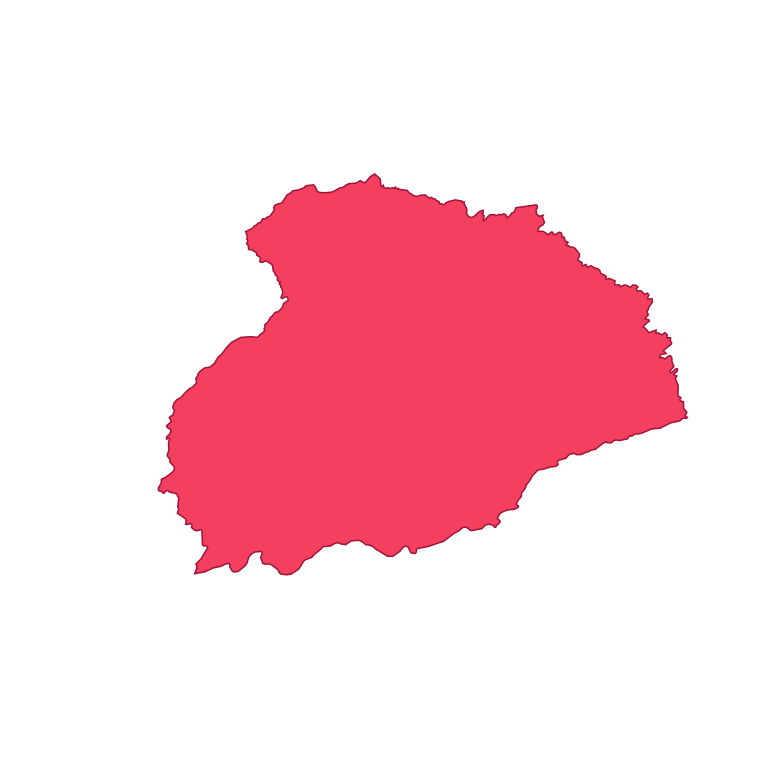 outline of Mercaderes, Cauca, Colombia, rotated 233°
{"feature_id": "7082276B43653558961889", "entity_name": "Mercaderes", "entity_type": "district", "adm_level": 2, "iso_a3": "COL", "parent_name": "Colombia", "parent_adm1": "Cauca", "projection": "equal_earth", "projection_center": [-77.166, 1.806], "detail": "fine", "context": "isolated", "style": "filled", "palette": "rose", "viewbox_px": 768, "rotation_deg": 233, "n_neighbors": 0, "source": "geoboundaries", "source_scale": "gbopen_adm2", "svg_char_len": 6171}
<svg xmlns="http://www.w3.org/2000/svg" viewBox="0 0 768 768"><g transform="rotate(233 384 384)"><path d="M346.5,118.6L341.8,127.8L339.9,136.8L336.5,144.1L335.8,148.4L334.4,151.8L332.8,152.3L330.7,150.8L325.7,150.2L324.1,151.1L322.0,154.9L322.4,164.0L323.4,166.7L327.4,172.2L328.0,176.4L327.5,180.0L324.0,185.3L322.3,185.1L319.7,181.0L313.5,179.2L311.6,180.7L309.4,184.0L307.4,185.3L299.2,187.6L296.8,186.8L294.3,187.2L290.3,191.3L288.0,195.4L287.5,204.6L291.0,213.8L290.8,216.3L289.0,221.7L289.8,225.5L290.1,234.0L290.8,237.4L286.7,244.1L286.5,247.6L285.3,251.4L281.7,253.7L278.8,256.8L278.5,263.1L274.4,269.8L270.8,271.8L266.6,272.7L264.8,274.8L261.1,277.3L257.9,277.8L244.2,283.2L241.1,287.3L240.8,295.9L242.1,300.8L241.8,303.5L239.4,305.1L232.8,303.9L230.0,306.7L230.1,308.3L232.2,310.3L232.5,311.5L227.7,321.3L222.5,337.1L222.6,349.7L221.6,356.0L222.0,360.7L220.6,363.1L217.4,364.6L215.6,364.6L214.1,365.9L209.6,375.0L210.3,379.9L209.2,383.1L206.0,385.9L203.0,386.1L202.3,386.9L203.1,388.3L203.8,393.6L204.9,394.2L208.8,393.8L210.8,398.9L210.2,403.3L208.8,407.2L205.3,413.1L204.7,417.1L205.8,418.0L208.1,417.3L209.2,418.4L210.7,422.0L211.5,426.1L214.5,428.6L214.6,430.6L216.1,434.9L217.6,436.5L219.4,443.0L221.5,447.6L222.7,455.2L220.2,459.7L217.8,466.5L214.8,471.7L214.9,474.6L217.3,475.4L218.2,476.8L215.2,484.7L216.1,488.3L216.0,490.3L214.2,494.1L211.4,495.5L208.9,499.3L207.8,504.5L206.8,506.6L206.5,509.7L204.7,513.5L204.8,524.1L203.9,526.7L202.5,527.1L200.2,530.2L200.5,533.3L199.7,535.6L197.2,537.9L193.7,545.2L194.7,548.4L193.2,550.8L192.9,554.6L190.8,557.4L189.5,560.6L187.1,570.5L182.6,578.0L180.4,589.7L176.5,598.1L176.8,602.2L174.6,605.0L174.7,606.2L177.4,605.3L179.2,608.9L184.2,608.6L189.6,612.5L192.3,610.5L193.7,611.0L194.3,612.9L197.7,611.6L205.7,618.0L213.1,620.0L214.1,622.7L216.2,621.1L217.2,621.3L217.7,625.7L219.0,627.3L219.8,627.3L220.5,626.2L220.0,621.4L220.5,619.9L221.3,619.5L222.3,620.4L223.5,626.0L228.6,627.5L232.0,629.8L234.2,629.8L235.1,628.4L234.9,623.4L237.8,622.2L239.0,620.3L239.9,620.1L240.8,623.0L238.5,627.7L242.6,627.2L242.9,637.5L243.9,638.6L246.0,638.5L248.6,640.7L250.6,637.8L253.1,639.9L256.1,639.2L255.9,635.5L259.6,633.9L260.7,631.7L263.3,633.7L265.6,626.5L271.9,626.1L273.6,625.2L274.2,626.9L274.6,634.0L275.9,634.2L279.1,631.6L280.2,636.8L283.7,637.6L284.6,640.1L286.1,641.9L287.9,647.7L290.9,649.4L292.4,646.5L293.2,646.0L294.2,646.4L295.7,649.1L298.0,649.1L298.8,646.1L303.7,645.4L305.7,642.4L308.0,642.4L308.7,645.2L311.1,644.8L313.4,642.2L312.8,639.2L317.3,636.8L318.5,635.4L319.2,631.5L321.5,631.7L323.9,628.3L325.5,628.6L327.2,630.6L332.6,627.6L333.9,624.2L336.4,626.3L342.1,623.7L344.6,624.6L347.0,624.3L350.0,622.1L354.0,620.5L354.7,616.6L357.9,617.3L359.2,613.4L360.3,613.6L361.6,615.2L366.6,613.4L368.3,616.8L370.0,618.3L377.3,618.3L379.9,617.0L381.2,615.1L383.4,614.7L384.9,613.1L385.7,613.6L386.2,616.2L387.4,616.1L388.7,614.7L392.9,616.3L394.2,614.5L396.7,616.3L398.6,616.3L399.9,615.0L400.0,611.5L400.7,610.3L401.7,609.6L403.8,610.0L404.7,609.1L404.5,605.0L410.3,602.9L413.3,598.8L414.1,599.2L415.9,602.5L415.4,606.6L416.4,609.4L422.0,611.0L423.0,612.7L424.4,609.0L428.5,608.1L429.9,609.5L431.6,610.0L432.2,612.0L434.1,613.6L435.4,613.5L445.4,595.5L444.0,593.5L443.0,590.6L443.7,588.9L442.8,586.4L442.6,582.8L443.2,582.2L445.8,583.2L448.1,581.8L448.1,580.2L450.2,577.9L451.0,574.7L452.6,574.3L455.5,570.4L454.2,562.0L455.6,562.3L457.9,565.2L461.2,564.7L460.9,566.0L463.1,567.8L464.3,564.1L463.6,556.3L464.5,553.8L467.0,552.3L471.1,552.6L472.2,554.3L474.8,555.7L479.6,556.4L481.1,557.6L481.9,556.0L482.9,556.5L488.1,551.8L490.8,545.5L491.5,542.2L491.0,541.4L491.4,539.2L493.1,538.6L494.3,537.0L496.8,537.7L498.7,536.3L501.5,536.0L502.3,534.7L504.4,534.3L505.7,531.8L510.3,530.7L512.9,526.5L514.1,522.9L517.5,520.4L519.9,520.2L520.8,519.2L524.7,519.0L530.4,513.2L531.7,513.1L531.5,512.0L534.5,511.5L533.9,509.8L535.3,509.2L536.8,506.3L538.5,505.1L539.1,503.4L540.7,502.1L543.1,503.1L543.0,501.0L544.2,500.9L549.9,504.3L555.3,503.5L555.8,502.6L557.3,503.1L557.8,498.1L556.2,490.5L557.8,488.5L560.7,487.4L561.2,482.8L564.8,477.0L565.7,474.3L565.7,469.8L567.4,465.9L568.3,458.6L571.6,452.9L575.4,448.2L577.8,446.6L583.0,447.8L585.6,447.4L589.2,441.2L588.9,438.3L590.4,432.6L593.1,427.8L592.8,423.3L593.4,420.6L590.1,411.3L592.2,406.1L592.2,403.8L591.3,402.1L588.9,401.0L586.7,394.3L587.6,391.1L587.1,389.3L588.9,386.6L587.4,382.7L588.3,379.8L587.6,377.7L588.4,376.0L587.6,373.5L587.8,370.7L589.0,365.3L583.2,363.3L582.6,361.6L580.6,361.7L578.6,358.7L576.2,359.0L573.1,356.9L572.2,357.2L571.3,358.9L565.6,361.1L563.3,359.9L559.5,361.5L556.8,358.7L555.7,358.5L554.3,360.3L553.7,363.1L552.9,364.0L548.2,366.0L545.4,366.2L540.9,363.6L538.0,363.7L536.8,362.9L533.1,363.5L531.5,361.4L529.0,361.6L528.0,362.6L526.9,360.5L525.1,361.1L523.6,359.9L522.3,360.1L517.8,358.2L514.8,353.6L513.5,354.3L512.8,358.0L511.8,359.1L509.7,358.7L508.4,357.5L508.8,352.3L506.6,349.5L506.0,347.7L505.4,342.7L506.5,341.0L506.6,339.5L505.5,335.7L505.5,333.3L503.3,328.3L503.1,324.5L501.1,323.2L500.2,321.4L498.7,321.0L497.8,318.3L498.2,315.6L497.5,312.3L497.7,310.6L501.8,306.3L507.4,297.7L509.0,287.4L507.9,280.2L505.6,272.5L505.2,267.4L502.5,261.0L502.3,255.2L504.9,250.0L504.8,244.7L503.8,241.2L503.0,240.7L501.5,236.9L499.0,235.8L497.5,234.2L496.7,229.1L497.3,225.9L497.1,222.4L495.5,213.4L496.1,209.3L495.3,205.1L492.4,201.2L488.9,200.6L486.2,196.4L486.7,194.0L486.4,192.3L483.1,192.0L481.9,191.0L481.6,185.3L479.5,184.7L476.6,186.0L474.7,185.8L472.9,182.3L472.5,178.2L470.9,177.2L469.9,179.9L469.0,179.8L467.4,177.0L461.0,172.7L457.2,167.6L452.6,167.7L450.5,166.0L444.7,166.7L442.0,165.3L441.1,163.3L440.8,158.0L441.0,153.0L441.9,148.9L438.9,146.5L436.7,141.1L435.4,140.1L433.8,140.1L432.0,141.7L429.6,141.9L429.2,143.4L429.9,145.3L429.0,147.2L426.5,147.8L421.0,152.6L418.7,151.5L416.9,151.8L410.2,145.5L407.5,144.5L405.2,141.2L395.6,144.4L393.1,143.2L391.3,141.1L390.1,142.4L388.9,145.6L386.6,145.8L385.3,143.9L381.9,144.5L379.5,146.0L377.9,150.2L376.7,150.5L364.8,142.2L363.4,142.4L361.7,144.8L359.4,144.8L354.4,132.5L353.4,125.5L351.4,125.1L349.3,123.2L346.5,118.6Z" fill="#f43f5e" stroke="#9f1239" stroke-width="1.5"/></g></svg>